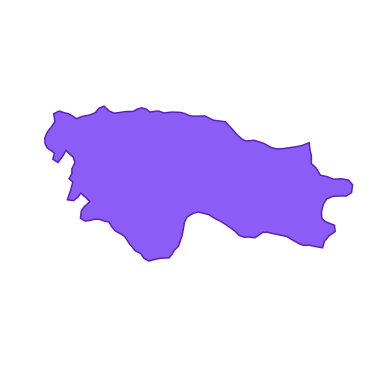 the district of Rianápolis, Goiás, Brazil, rotated 13°
{"feature_id": "56859067B46542893543855", "entity_name": "Rianápolis", "entity_type": "district", "adm_level": 2, "iso_a3": "BRA", "parent_name": "Brazil", "parent_adm1": "Goiás", "projection": "albers", "projection_center": [-49.442, -15.481], "detail": "fine", "context": "isolated", "style": "filled", "palette": "violet", "viewbox_px": 384, "rotation_deg": 13, "n_neighbors": 0, "source": "geoboundaries", "source_scale": "gbopen_adm2", "svg_char_len": 1879}
<svg xmlns="http://www.w3.org/2000/svg" viewBox="0 0 384 384"><g transform="rotate(13 192 192)"><path d="M340.4,198.3L338.3,192.3L333.0,191.6L328.2,190.7L324.4,188.3L322.6,182.3L322.8,174.1L324.7,168.7L330.1,164.5L337.9,162.4L343.3,161.2L347.6,156.6L346.9,148.9L341.8,145.2L335.0,145.4L326.9,147.7L320.1,146.6L313.4,146.8L307.1,140.3L301.9,137.5L300.3,130.2L297.4,124.1L295.1,117.6L288.5,122.1L282.9,124.6L270.3,129.5L264.8,130.9L259.4,130.9L251.1,128.5L241.2,127.6L232.8,130.2L228.8,129.3L223.0,126.0L218.5,122.7L212.2,118.5L208.6,116.0L202.3,116.7L196.9,117.2L187.2,115.0L178.2,117.4L173.3,118.3L166.8,117.1L162.5,117.1L154.2,118.7L146.8,121.3L141.5,120.6L137.3,121.8L133.0,123.6L128.7,121.5L124.1,121.3L120.4,123.2L116.6,126.7L109.4,128.5L103.4,130.9L98.4,132.7L93.0,131.6L86.9,128.1L82.6,131.2L79.9,136.5L75.0,140.0L68.0,143.0L62.9,146.6L58.2,144.7L54.1,143.6L49.8,143.5L44.4,143.0L39.7,146.8L42.6,154.3L40.1,160.8L37.5,166.2L36.4,172.2L37.9,177.9L41.0,181.6L49.2,185.0L49.0,191.4L54.8,193.5L58.1,185.9L59.9,179.7L64.0,182.5L68.3,184.6L71.4,189.7L69.7,196.5L70.8,201.1L69.2,206.7L73.6,209.1L73.3,218.2L72.3,227.6L78.6,227.0L82.2,222.2L83.8,218.2L90.3,221.5L94.6,224.5L90.1,230.8L88.4,235.7L89.2,242.7L94.4,244.3L98.9,242.7L103.3,240.4L108.1,239.4L113.1,240.1L118.0,239.8L121.1,243.6L126.3,247.3L132.6,249.0L136.5,250.6L142.7,256.5L146.4,259.2L149.7,262.0L155.8,263.5L160.0,267.4L165.5,269.0L170.9,266.0L176.9,263.4L184.4,261.4L186.3,257.6L188.1,252.3L191.0,248.0L192.2,236.6L191.5,223.3L192.7,217.5L197.8,212.7L202.8,210.0L213.4,210.3L220.3,212.7L225.9,213.9L232.8,216.3L238.0,218.4L242.8,220.6L247.9,223.8L253.3,224.3L257.4,223.1L263.7,222.4L270.0,215.4L274.4,214.2L278.6,214.4L285.7,214.2L294.3,214.0L300.5,216.1L308.2,218.4L312.9,218.9L317.6,217.5L325.5,217.3L331.8,217.0L332.1,210.3L335.4,203.9L340.4,198.3Z" fill="#8b5cf6" stroke="#5b21b6" stroke-width="1.5"/></g></svg>